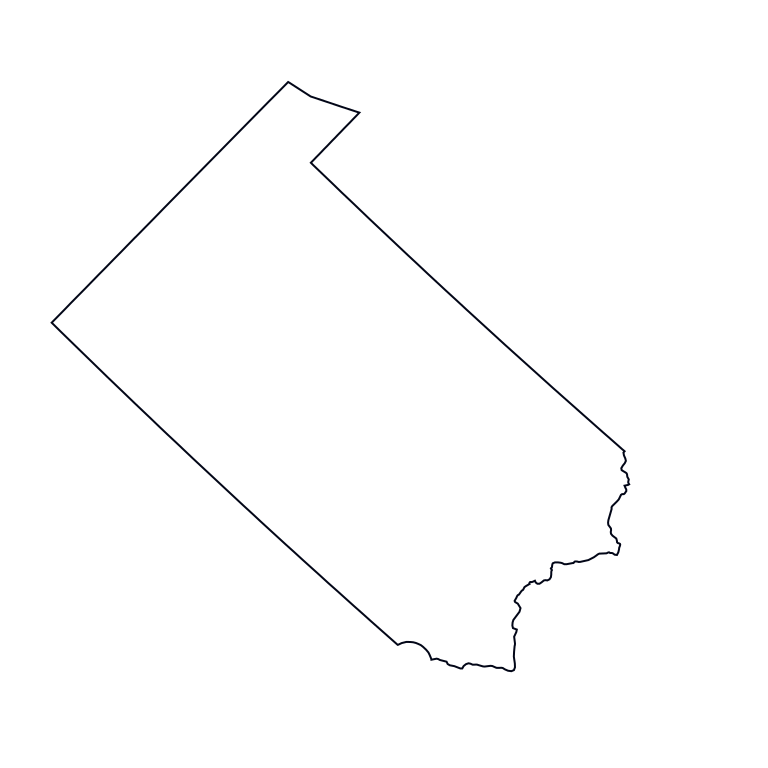 map outline of Pennsylvania (orthographic projection), rotated 42°
{"feature_id": "USA-3560", "entity_name": "Pennsylvania", "entity_type": "State", "adm_level": 1, "iso_a3": "USA", "parent_name": "United States of America", "parent_adm1": "", "projection": "orthographic", "projection_center": [-76.702, 41.129], "detail": "fine", "context": "isolated", "style": "outline", "palette": "ink", "viewbox_px": 768, "rotation_deg": 42, "n_neighbors": 0, "source": "natural_earth", "source_scale": "10m", "svg_char_len": 3947}
<svg xmlns="http://www.w3.org/2000/svg" viewBox="0 0 768 768"><g transform="rotate(42 384 384)"><path d="M110.7,223.7L112.2,223.4L124.6,221.4L137.1,219.4L152.0,212.9L167.0,206.4L181.9,199.8L184.1,198.8L184.0,203.2L183.8,207.6L183.7,212.0L183.5,216.4L183.3,220.8L183.2,225.2L183.0,229.5L182.9,233.9L182.7,237.7L182.6,241.5L182.5,245.3L182.3,249.0L182.2,252.8L182.1,256.6L181.9,260.4L181.8,264.1L181.6,268.5L185.1,268.7L198.2,269.1L211.3,269.5L224.4,270.0L237.5,270.3L250.6,270.7L263.7,271.1L276.8,271.4L289.9,271.7L303.0,272.0L316.1,272.3L329.2,272.5L342.3,272.8L355.4,273.0L368.5,273.2L381.6,273.3L394.8,273.5L407.9,273.6L421.0,273.7L434.1,273.8L447.2,273.9L460.3,273.9L473.4,273.9L486.5,273.9L499.6,273.9L512.7,273.9L525.9,273.8L539.0,273.7L552.1,273.6L565.2,273.5L578.3,273.4L591.4,273.2L604.5,273.1L606.6,273.0L607.8,273.0L607.8,274.7L610.1,276.5L613.2,277.9L615.2,279.3L615.9,281.7L616.1,284.9L616.7,287.8L618.3,289.0L623.7,288.0L624.9,288.4L627.0,290.2L629.7,291.1L631.1,293.5L632.0,294.1L633.3,294.5L632.9,295.7L630.8,298.6L632.8,299.6L634.5,300.2L635.7,301.4L636.1,304.2L635.9,305.4L634.6,306.6L634.3,307.8L635.7,312.7L635.7,315.3L635.3,322.0L635.6,323.4L636.8,324.6L641.9,335.1L643.3,337.1L645.0,338.6L649.3,339.5L650.6,340.7L651.5,342.2L652.9,343.4L655.3,343.8L660.0,343.4L661.9,344.6L663.2,345.7L664.3,345.7L665.2,345.2L666.3,344.9L667.0,345.3L667.6,346.3L668.4,348.4L669.3,349.6L670.8,352.4L671.4,354.9L671.5,355.2L669.6,356.5L667.4,356.7L666.4,357.1L665.1,358.3L664.1,358.4L663.6,358.8L663.3,359.3L662.8,360.6L662.6,361.0L657.5,366.0L656.8,367.8L656.7,368.7L655.9,372.3L653.7,378.1L648.7,385.1L647.5,386.2L646.8,386.4L645.8,387.1L644.9,387.9L644.5,388.5L644.6,390.1L644.5,390.4L644.2,390.6L640.3,395.7L638.5,397.3L636.3,397.9L634.9,398.6L632.6,400.2L630.4,402.2L629.4,404.3L629.7,405.2L630.3,406.2L631.4,407.8L631.5,408.3L631.4,408.9L631.4,409.4L631.8,409.6L632.4,409.6L632.9,409.7L633.4,410.1L633.5,410.9L634.3,412.0L635.8,413.7L637.3,415.9L637.7,418.4L636.8,420.7L635.4,421.6L634.3,422.9L633.8,426.0L633.2,428.4L631.6,429.8L629.6,430.0L627.8,429.2L626.9,431.4L626.3,432.4L625.6,432.9L625.1,433.4L625.2,434.5L625.6,435.4L625.9,435.4L624.7,439.2L624.3,440.9L624.7,442.5L625.1,443.8L624.8,444.8L624.7,446.1L625.2,450.2L624.7,451.5L624.9,452.8L625.4,454.2L626.2,457.8L627.4,458.3L630.4,457.7L635.4,459.2L637.1,462.6L638.0,472.7L639.1,475.1L641.0,477.6L643.2,479.1L647.0,477.6L648.3,479.8L649.8,484.7L655.1,489.3L656.0,490.5L656.3,491.2L659.8,495.9L662.9,499.7L668.3,504.2L670.9,506.9L672.0,509.7L670.8,512.2L668.0,514.1L664.7,515.2L662.3,515.6L661.3,516.2L657.9,519.4L656.9,519.9L653.2,521.1L651.7,522.2L647.9,526.6L646.6,527.6L643.1,529.3L640.9,530.3L637.6,533.3L635.4,534.0L633.7,535.0L632.4,537.3L631.9,540.3L632.5,543.0L631.1,544.3L625.1,546.6L621.1,549.0L618.7,549.5L616.3,548.5L610.2,551.7L608.4,552.1L606.9,552.9L603.7,557.2L603.0,556.6L601.5,555.9L599.2,554.8L596.7,553.8L593.2,553.3L588.9,553.2L586.1,553.4L583.2,554.3L581.0,555.1L578.5,556.4L576.1,558.2L573.2,560.7L570.5,564.7L568.9,568.5L568.7,568.7L568.0,568.7L567.6,568.7L556.5,568.8L545.0,568.9L533.4,569.0L521.9,569.0L510.4,569.1L498.9,569.1L487.4,569.1L475.9,569.2L464.4,569.1L452.9,569.1L441.4,569.1L429.9,569.0L418.3,569.0L406.8,568.9L395.3,568.8L383.8,568.7L372.3,568.5L360.8,568.4L349.3,568.2L337.8,568.0L326.3,567.8L314.8,567.6L303.3,567.4L291.8,567.2L280.3,566.9L268.8,566.6L257.2,566.4L245.7,566.1L234.2,565.7L222.7,565.4L211.3,565.1L199.8,564.7L186.8,564.3L173.8,563.9L160.8,563.4L147.9,562.9L134.9,562.4L121.9,561.9L109.0,561.4L96.0,560.8L96.4,551.8L96.8,542.8L97.1,533.7L97.5,524.7L98.0,514.3L98.4,503.9L98.8,493.5L99.3,483.1L99.7,472.7L100.2,462.3L100.6,451.9L101.0,441.5L101.1,441.4L101.1,441.2L101.1,440.9L101.7,427.4L102.3,413.8L102.8,400.2L103.4,386.6L104.0,373.0L104.6,359.4L105.2,345.9L105.8,332.3L106.4,318.7L107.0,305.1L107.6,291.5L108.2,278.0L108.8,264.4L109.4,250.8L110.1,237.2L110.7,223.7Z" fill="none" stroke="#020617" stroke-width="2"/></g></svg>